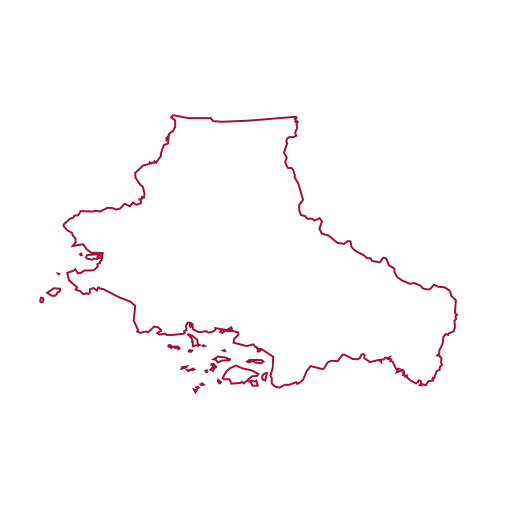 outline of Takua Thung, Phangnga, Thailand, rotated 98°
{"feature_id": "78962969B58097970477976", "entity_name": "Takua Thung", "entity_type": "district", "adm_level": 2, "iso_a3": "THA", "parent_name": "Thailand", "parent_adm1": "Phangnga", "projection": "mercator", "projection_center": [98.425, 8.29], "detail": "fine", "context": "isolated", "style": "outline", "palette": "rose", "viewbox_px": 512, "rotation_deg": 98, "n_neighbors": 0, "source": "geoboundaries", "source_scale": "gbopen_adm2", "svg_char_len": 6119}
<svg xmlns="http://www.w3.org/2000/svg" viewBox="0 0 512 512"><g transform="rotate(98 256 256)"><path d="M263.2,59.6L260.8,65.0L261.1,71.3L259.7,75.7L264.8,79.2L265.3,82.1L264.9,86.3L262.6,88.7L260.8,95.5L262.1,99.7L259.9,108.0L257.3,113.1L252.7,116.6L249.1,117.3L246.8,122.9L240.4,126.6L240.0,129.8L245.0,132.5L244.8,140.3L242.3,142.2L242.7,145.5L240.3,149.3L237.1,158.4L233.8,162.7L228.4,164.5L228.4,167.0L231.7,170.6L231.7,177.0L225.7,186.8L224.6,194.0L220.0,197.0L212.6,195.5L209.6,198.3L212.8,202.9L211.2,205.8L212.0,210.5L209.7,212.6L209.2,217.1L204.9,219.5L199.4,220.3L193.8,217.2L178.0,224.4L172.9,228.7L170.4,228.8L165.3,231.4L164.0,233.1L164.4,236.4L162.8,237.9L158.9,240.2L154.2,239.3L149.8,242.7L139.9,240.8L138.7,241.9L135.6,241.6L133.7,239.7L133.1,235.6L131.4,233.0L128.4,234.3L123.4,233.1L118.7,234.5L118.2,233.8L117.5,235.3L116.9,234.0L115.1,236.5L113.5,235.0L112.6,235.9L123.1,282.6L127.8,308.3L128.4,317.2L125.8,320.0L128.9,342.0L128.1,357.7L130.4,359.4L132.9,354.9L139.3,354.0L143.7,355.6L147.4,359.4L148.3,358.8L152.0,361.2L153.4,360.6L151.1,359.1L156.8,358.7L159.0,362.7L168.0,364.5L170.0,364.0L177.6,368.0L176.4,369.8L178.0,370.2L178.0,372.2L179.0,372.7L178.2,374.3L179.9,374.7L182.2,380.5L190.6,387.2L195.1,386.3L201.5,380.6L203.1,377.7L210.2,375.0L213.8,375.2L213.3,377.0L215.3,377.0L216.1,379.2L217.8,377.5L219.9,377.6L221.9,381.7L220.2,385.3L224.3,387.7L222.6,393.3L227.9,397.2L229.5,401.1L228.5,404.9L228.9,409.7L233.7,416.6L233.5,420.6L234.8,424.6L235.9,435.9L240.5,437.8L241.3,441.5L243.5,442.2L244.8,445.1L251.6,450.9L253.5,450.4L256.8,446.3L258.8,441.3L261.1,440.3L263.8,437.2L267.5,436.5L271.6,438.9L268.4,428.8L272.8,424.7L275.6,419.7L274.5,408.2L281.5,408.2L283.2,409.8L284.8,409.6L286.1,411.8L288.4,411.4L291.4,413.3L293.0,415.7L294.2,423.9L297.1,427.1L297.9,430.0L294.3,433.2L295.8,434.4L299.0,440.6L306.1,437.8L312.0,428.7L314.4,429.9L315.4,424.8L317.9,421.8L316.5,418.2L316.9,416.6L315.5,415.3L312.1,415.9L310.3,412.4L312.4,408.8L309.5,408.1L309.0,407.0L309.9,406.5L310.1,402.6L315.8,386.2L318.8,373.7L322.2,368.7L337.1,368.1L345.8,362.4L347.3,363.1L348.2,359.8L346.1,354.8L346.4,352.0L340.1,347.0L340.1,343.4L342.2,340.0L343.2,339.6L346.1,343.0L347.2,340.6L345.5,334.7L346.6,333.6L345.8,327.8L343.1,316.8L342.3,315.9L340.3,316.7L339.2,314.5L334.7,315.6L331.4,314.2L331.4,311.6L333.7,312.2L335.5,311.0L334.7,310.1L332.1,310.3L332.2,309.4L337.2,308.3L339.4,302.1L337.4,294.5L338.5,292.8L337.6,289.4L335.0,285.9L333.1,286.2L333.3,274.5L330.1,270.5L333.4,268.9L334.3,263.1L336.5,262.4L341.3,266.2L345.0,266.1L346.5,252.6L343.9,246.3L346.2,244.0L346.3,242.4L347.4,242.2L347.5,237.4L353.4,224.9L364.7,223.9L372.6,225.1L374.4,223.5L379.9,222.7L382.4,219.6L383.1,216.4L382.8,214.2L379.5,209.4L379.0,205.3L375.3,198.5L377.0,197.4L375.0,194.8L371.8,192.1L363.3,189.9L357.4,186.7L358.8,174.3L357.5,172.8L351.4,170.3L349.3,166.7L348.7,160.4L341.8,156.6L341.3,154.9L344.5,146.0L344.1,141.0L342.6,139.0L338.9,137.9L338.2,136.3L338.8,134.8L342.2,134.4L345.2,128.3L341.8,119.9L343.4,117.5L341.4,118.3L340.7,115.1L338.7,113.9L339.1,111.9L337.7,109.6L339.7,110.4L339.6,107.8L341.4,108.2L341.6,106.0L348.5,101.4L347.9,99.2L351.6,100.4L349.4,96.3L348.3,96.9L348.5,94.5L350.4,93.1L351.1,94.1L351.7,93.1L353.4,93.6L353.2,92.3L354.5,91.8L353.4,89.8L355.0,89.9L357.9,85.3L359.9,79.9L358.1,77.9L356.6,77.8L356.8,75.6L359.3,74.8L361.0,75.9L361.2,74.0L359.8,73.1L360.3,69.8L356.0,67.9L354.7,63.4L353.0,64.1L351.9,63.7L352.1,62.6L344.8,60.9L343.3,58.4L340.3,58.5L337.8,56.7L335.8,57.9L331.5,58.1L329.4,60.2L329.2,62.6L327.2,61.0L324.1,61.3L317.2,59.0L309.8,59.1L306.9,57.1L307.4,54.7L306.0,54.4L303.1,49.8L299.0,49.1L292.4,50.5L290.7,49.1L288.0,50.1L286.3,48.7L285.5,50.4L283.5,51.2L272.1,51.9L268.7,56.6L263.2,59.6ZM381.6,272.1L382.6,270.4L381.7,265.1L385.8,262.6L383.9,253.9L382.5,252.4L383.9,250.4L375.8,243.5L374.5,238.1L372.6,237.2L369.9,244.4L369.1,254.1L367.2,260.6L370.7,266.0L374.3,269.3L381.6,272.1ZM319.8,447.7L318.8,445.9L316.6,445.0L315.7,445.6L316.1,451.8L321.6,457.7L323.6,453.2L323.6,449.9L321.4,447.9L319.8,447.7ZM366.8,279.0L364.1,274.7L363.1,267.9L361.9,267.4L360.8,272.6L360.9,279.7L364.2,283.6L364.2,281.4L366.8,279.0ZM281.0,412.8L276.2,412.5L278.3,422.4L278.9,423.7L281.1,424.0L282.0,423.2L282.5,417.9L281.2,416.0L281.0,412.8ZM353.0,300.9L352.0,299.6L351.6,301.2L346.9,302.7L344.0,307.8L342.7,313.0L346.2,308.5L349.0,307.1L349.8,307.6L350.6,306.4L354.1,306.0L352.4,301.8L353.0,300.9ZM361.8,250.1L362.4,248.7L360.4,244.5L361.5,242.0L361.6,236.1L359.6,233.9L358.3,236.0L359.8,248.1L361.8,250.1ZM384.9,241.4L384.2,236.3L379.4,238.3L380.6,239.7L380.1,242.9L381.2,245.4L381.7,243.4L384.9,241.4ZM374.4,233.3L377.5,232.1L378.0,229.5L370.3,228.9L371.5,231.6L374.4,233.3ZM373.3,281.9L371.4,279.9L368.9,283.0L369.0,284.9L369.9,285.1L370.0,283.5L371.5,282.8L374.9,285.4L375.6,282.5L373.3,281.9ZM331.2,463.3L331.8,462.0L330.9,460.7L328.8,460.4L327.2,461.4L327.3,463.3L331.2,463.3ZM336.3,280.8L336.8,278.2L334.2,276.3L333.9,279.3L336.3,280.8ZM278.0,412.2L280.0,410.9L278.8,408.4L276.2,410.8L278.0,412.2ZM357.6,330.3L358.9,327.0L357.7,325.8L356.1,328.6L356.5,330.1L357.6,330.3ZM378.1,314.1L376.2,309.8L375.0,309.0L376.3,313.7L378.1,314.1ZM357.2,324.7L358.2,323.6L357.9,320.5L359.1,319.9L358.4,318.9L356.5,320.6L357.2,324.7ZM387.2,274.6L385.9,273.1L383.9,276.1L385.4,276.3L387.2,274.6ZM359.9,309.2L359.9,306.9L358.5,306.0L358.5,308.8L359.9,309.2ZM378.0,305.3L377.5,302.0L376.8,301.3L376.3,302.9L378.0,305.3ZM399.4,297.0L397.2,296.0L396.9,298.9L399.4,297.0ZM390.7,293.1L391.5,291.8L390.7,289.8L389.6,291.4L390.7,293.1ZM334.1,273.0L333.8,270.8L332.5,271.2L334.1,273.0ZM376.7,290.1L378.1,289.0L377.4,288.1L376.1,288.8L376.7,290.1ZM350.2,241.0L350.1,239.5L348.9,238.7L349.4,240.8L350.2,241.0ZM278.9,430.5L279.7,429.5L279.4,428.8L277.9,429.3L278.9,430.5ZM394.3,296.6L395.0,295.5L394.3,294.3L393.6,295.3L394.3,296.6ZM378.6,308.2L379.5,307.1L378.2,305.6L378.6,308.2ZM352.3,296.4L352.8,295.5L352.2,294.2L351.7,295.6L352.3,296.4ZM354.2,275.4L354.6,273.7L354.3,273.3L353.5,274.3L354.2,275.4ZM301.0,449.5L301.5,448.9L301.6,447.5L301.0,448.6L301.0,449.5Z" fill="none" stroke="#9f1239" stroke-width="2"/></g></svg>